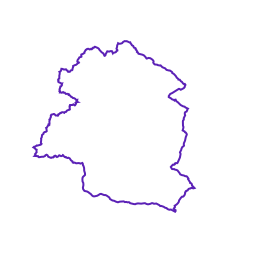 the district of Langkho, Shan, Myanmar, rotated 118°
{"feature_id": "60261553B57199101523672", "entity_name": "Langkho", "entity_type": "district", "adm_level": 2, "iso_a3": "MMR", "parent_name": "Myanmar", "parent_adm1": "Shan", "projection": "albers", "projection_center": [98.032, 20.27], "detail": "fine", "context": "isolated", "style": "outline", "palette": "violet", "viewbox_px": 256, "rotation_deg": 118, "n_neighbors": 0, "source": "geoboundaries", "source_scale": "gbopen_adm2", "svg_char_len": 5857}
<svg xmlns="http://www.w3.org/2000/svg" viewBox="0 0 256 256"><g transform="rotate(118 128 128)"><path d="M107.0,214.6L108.7,214.1L109.6,214.2L110.6,214.9L110.8,214.4L112.6,213.6L113.9,213.3L116.5,211.9L117.1,212.3L118.4,212.3L118.6,211.7L119.9,211.3L120.1,210.3L119.9,208.5L120.1,207.6L119.7,207.1L120.7,207.0L121.0,206.5L122.4,206.6L123.1,207.2L123.5,206.9L124.4,206.9L125.2,206.6L125.9,206.7L126.9,205.8L127.6,205.9L127.7,205.1L128.6,204.8L128.2,204.1L128.0,203.1L126.8,202.2L127.1,201.6L126.5,200.5L127.1,199.0L126.1,197.2L126.0,196.0L126.7,195.8L126.5,194.6L127.2,192.7L127.0,192.3L127.4,190.6L127.0,189.9L127.0,188.2L127.7,186.7L127.0,186.0L128.1,185.6L128.7,185.0L128.7,184.7L129.6,186.0L130.4,186.2L130.9,185.3L132.8,185.4L133.1,185.8L132.8,187.4L133.8,187.9L134.9,190.0L136.3,189.8L136.5,189.3L137.5,189.1L138.7,188.1L139.3,188.2L139.4,188.6L141.5,190.2L142.7,190.2L143.8,191.4L144.5,191.4L144.6,192.9L145.5,194.1L146.2,194.2L146.6,194.9L147.7,195.1L148.3,195.7L148.8,196.0L149.7,195.5L150.1,195.7L150.2,196.5L150.9,197.7L150.3,199.5L150.6,200.3L151.7,201.2L152.1,201.9L152.5,202.0L153.6,201.9L154.1,201.4L154.9,201.2L155.5,201.3L157.1,200.9L157.5,201.3L158.1,200.8L158.9,200.6L161.1,199.3L162.1,200.0L162.3,199.9L162.5,199.0L162.8,199.1L163.2,199.6L163.7,199.8L165.9,199.9L166.4,200.3L166.9,199.7L168.9,198.3L169.9,198.7L170.8,199.8L171.9,200.2L172.9,199.9L174.5,200.6L176.7,199.8L178.2,199.8L179.1,199.1L182.2,197.9L182.6,196.9L183.7,197.2L186.2,199.9L186.2,200.3L188.1,201.3L188.6,202.1L189.5,202.4L189.5,201.4L190.1,199.5L190.0,198.5L191.2,198.1L192.3,197.3L194.7,197.8L195.2,196.9L196.5,197.3L195.1,194.2L195.6,193.5L195.6,192.9L193.7,190.4L193.2,189.3L191.7,188.1L190.8,188.1L189.8,187.3L189.9,186.2L190.8,184.9L190.5,181.9L189.8,181.5L189.2,180.3L188.7,180.3L188.4,179.9L187.8,180.1L186.6,179.3L186.6,178.3L187.0,177.9L187.0,177.1L185.7,176.2L184.7,176.1L184.3,175.7L184.3,173.9L183.3,172.8L182.5,172.8L182.5,172.4L182.9,171.9L183.3,170.3L183.0,169.8L183.2,169.4L182.8,168.9L183.0,168.3L182.9,167.3L182.2,166.6L182.2,165.2L183.3,163.2L183.6,161.2L184.4,160.7L184.4,159.9L183.6,158.9L183.5,157.2L182.0,154.9L181.7,153.2L180.3,151.9L180.8,151.1L182.1,150.2L182.4,149.5L183.9,148.0L186.3,146.6L188.2,144.7L189.6,143.9L192.3,144.8L193.1,144.8L194.5,144.3L196.6,143.0L197.4,141.8L198.4,141.1L199.5,140.5L201.9,139.8L203.1,138.8L204.0,136.9L203.3,134.4L203.3,132.6L203.7,131.2L203.6,130.3L204.5,127.9L204.6,126.6L204.1,125.5L202.2,123.3L199.3,121.6L198.8,120.8L198.4,117.5L197.8,116.4L197.7,115.2L198.1,111.9L199.1,110.6L199.2,109.8L199.3,107.7L198.8,106.2L198.7,103.9L198.3,102.0L196.9,100.7L194.8,97.3L194.9,96.0L194.1,94.8L193.8,93.4L193.1,92.4L193.0,91.8L193.4,90.9L192.3,86.7L191.7,85.6L191.1,85.3L189.9,83.8L188.6,80.8L186.7,78.2L186.4,77.5L186.4,76.0L186.0,74.5L184.6,72.8L183.1,71.6L182.8,70.8L182.7,69.5L181.4,67.5L181.4,64.0L181.8,62.9L181.2,62.0L180.8,59.5L181.0,58.0L180.6,56.3L181.0,55.2L180.9,53.8L180.6,52.8L180.0,52.1L179.8,51.4L179.8,47.1L178.9,47.0L178.6,47.6L178.2,47.6L178.1,48.7L177.6,49.8L175.7,49.4L174.8,50.3L172.5,49.1L170.7,48.6L169.4,48.5L167.9,48.9L164.7,48.5L163.2,48.0L162.9,47.3L162.3,46.9L160.8,46.6L159.1,46.8L158.2,47.3L156.7,47.3L156.5,46.9L155.8,46.8L155.2,46.1L153.4,45.9L152.7,45.4L152.4,44.8L151.1,43.9L150.6,41.9L149.8,41.1L148.7,44.5L147.7,45.2L147.2,46.1L147.3,47.4L146.9,47.5L144.9,51.0L144.3,50.9L143.2,53.0L143.2,53.9L143.7,54.8L143.7,56.4L144.3,58.3L144.4,60.1L143.6,61.3L142.2,64.4L142.3,65.7L142.7,66.9L142.6,68.0L143.2,68.9L143.5,70.0L142.3,71.9L140.4,71.5L139.1,71.0L139.0,70.3L138.5,69.8L137.8,69.6L137.3,69.9L136.5,69.3L136.0,68.1L135.5,67.9L129.7,68.3L126.2,69.4L125.1,70.7L122.5,70.7L121.0,71.1L119.2,71.1L118.0,70.4L117.2,70.3L116.4,71.0L115.2,71.5L112.4,71.7L109.0,72.7L106.2,73.0L105.7,73.4L104.9,74.8L105.0,75.7L104.5,76.3L104.5,78.6L102.6,79.0L101.1,79.5L100.2,80.5L96.5,82.6L95.6,82.9L94.6,82.7L93.9,82.9L93.2,83.4L89.9,83.5L89.3,84.2L88.1,84.9L87.1,84.9L85.9,84.0L84.1,84.1L83.7,84.4L82.8,84.2L82.9,87.0L82.6,88.0L83.0,89.6L83.0,92.3L81.8,96.3L81.7,97.8L80.6,99.3L81.0,99.8L81.9,99.9L81.7,100.8L82.0,102.6L81.6,104.2L81.6,106.5L80.6,107.0L78.1,106.7L76.4,105.4L69.6,101.5L69.3,100.8L69.5,99.5L69.1,99.1L66.7,97.5L65.5,97.2L64.9,97.2L64.4,97.6L63.0,97.5L62.4,98.6L63.0,99.6L62.7,100.6L62.0,101.9L61.9,103.3L61.1,104.9L61.6,106.2L61.1,106.6L60.6,108.8L59.9,109.7L59.1,111.8L58.7,113.1L58.7,114.7L58.0,115.2L57.8,115.9L57.6,118.1L58.0,118.8L58.6,121.3L57.9,123.2L58.2,126.2L57.4,128.6L57.8,129.0L58.5,131.2L58.4,131.9L59.3,134.2L59.0,135.4L58.4,136.4L57.3,136.6L56.7,137.2L56.2,138.5L55.9,141.0L56.5,142.8L57.9,144.0L57.9,144.4L57.1,145.9L56.4,148.1L56.5,149.7L57.5,153.6L57.0,154.2L56.7,155.7L56.1,155.7L55.6,156.8L55.3,157.0L55.1,158.1L54.4,158.3L54.0,158.9L54.2,160.6L53.1,161.9L53.1,163.4L52.5,164.2L52.1,165.3L51.4,166.1L51.7,166.3L51.9,169.9L52.3,170.3L52.8,171.7L54.3,172.7L55.8,173.0L56.9,174.0L57.8,175.4L57.8,176.5L58.4,176.3L59.1,176.4L60.2,176.3L61.6,175.7L63.4,175.4L64.2,173.9L64.7,173.7L65.5,174.3L66.5,174.3L67.5,175.0L68.5,176.3L69.2,176.4L67.7,178.3L68.4,179.6L69.4,180.5L70.0,182.3L73.4,182.4L74.2,182.1L75.2,182.4L75.3,182.6L74.7,183.5L73.7,184.8L73.5,186.8L72.4,189.9L71.7,191.0L71.5,192.6L71.7,193.4L71.7,194.9L72.0,195.6L73.1,195.8L73.6,196.6L74.3,196.5L75.3,196.9L75.1,197.3L75.2,197.7L76.1,198.1L76.7,198.9L76.6,199.8L76.8,200.5L77.7,201.4L78.1,201.4L78.6,201.8L79.2,201.9L79.2,202.0L81.3,202.1L82.1,201.7L82.8,202.2L83.2,202.2L85.0,203.7L85.6,203.6L86.6,202.7L87.0,202.6L88.5,204.1L89.9,204.1L91.3,204.4L92.9,204.1L93.3,203.6L93.3,203.0L93.1,202.3L93.3,202.0L94.1,202.4L94.5,202.9L95.4,203.0L96.7,203.6L97.6,204.6L99.1,205.6L99.8,205.1L101.4,204.9L102.7,204.4L103.2,204.5L104.1,205.6L105.7,205.8L106.4,207.0L106.5,207.4L105.7,208.3L105.9,209.2L105.3,210.3L106.4,211.9L106.6,212.6L106.5,213.3L107.0,214.6Z" fill="none" stroke="#5b21b6" stroke-width="2"/></g></svg>